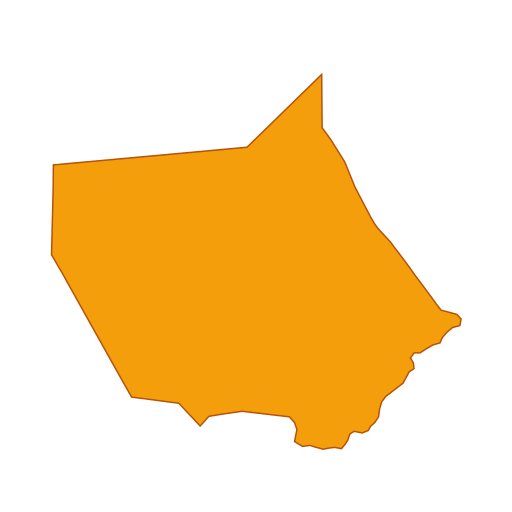 Nova Fátima, Bahia, Brazil, rotated 95°
{"feature_id": "56859067B84530933937954", "entity_name": "Nova Fátima", "entity_type": "district", "adm_level": 2, "iso_a3": "BRA", "parent_name": "Brazil", "parent_adm1": "Bahia", "projection": "natural_earth1", "projection_center": [-39.609, -11.617], "detail": "fine", "context": "isolated", "style": "filled", "palette": "amber", "viewbox_px": 512, "rotation_deg": 95, "n_neighbors": 0, "source": "geoboundaries", "source_scale": "gbopen_adm2", "svg_char_len": 1107}
<svg xmlns="http://www.w3.org/2000/svg" viewBox="0 0 512 512"><g transform="rotate(95 256 256)"><path d="M182.9,465.8L205.5,464.0L272.6,459.8L291.0,446.8L297.9,442.2L388.4,380.7L407.4,367.6L409.4,320.1L430.2,296.8L419.8,288.9L416.5,275.9L411.9,256.5L413.3,208.7L418.8,202.9L425.4,200.1L430.6,200.7L437.5,201.4L441.6,193.1L440.0,185.7L441.3,179.8L442.6,172.1L440.8,165.9L439.8,160.6L440.5,154.1L435.8,150.8L431.4,148.5L425.1,147.0L422.1,142.9L423.0,134.8L420.1,129.0L415.7,127.1L411.5,123.1L405.4,119.9L397.0,119.5L390.2,118.0L384.6,114.5L380.0,109.5L375.3,104.4L369.8,98.4L362.7,95.3L358.3,93.5L354.4,88.8L348.8,89.9L344.0,93.3L338.7,89.9L338.2,84.1L334.1,79.0L329.3,72.2L326.5,65.1L321.0,63.3L315.1,59.0L310.1,53.9L307.5,46.8L301.0,46.2L296.7,50.7L293.8,66.9L288.5,71.9L282.2,77.3L268.2,89.7L261.1,96.1L254.8,101.4L248.0,107.4L240.4,114.2L235.9,118.4L230.3,123.3L226.8,127.2L221.3,133.3L217.6,137.2L213.2,141.0L207.2,145.2L178.6,163.5L154.7,175.7L142.6,184.8L138.5,188.0L134.0,191.2L122.5,201.3L69.4,206.4L148.4,274.4L151.0,288.7L182.9,465.8Z" fill="#f59e0b" stroke="#b45309" stroke-width="1.5"/></g></svg>